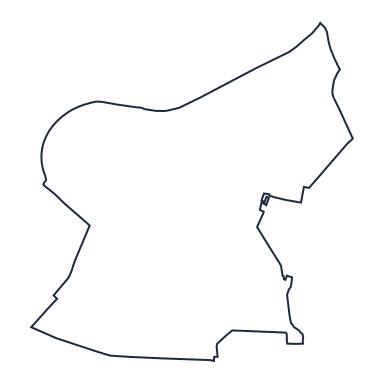 the district of Al Azbakiyya, Al Qahirah, Egypt
{"feature_id": "37247803B6267278220516", "entity_name": "Al Azbakiyya", "entity_type": "district", "adm_level": 2, "iso_a3": "EGY", "parent_name": "Egypt", "parent_adm1": "Al Qahirah", "projection": "albers", "projection_center": [31.246, 30.06], "detail": "fine", "context": "isolated", "style": "outline", "palette": "slate", "viewbox_px": 384, "rotation_deg": 0, "n_neighbors": 0, "source": "geoboundaries", "source_scale": "gbopen_adm2", "svg_char_len": 2794}
<svg xmlns="http://www.w3.org/2000/svg" viewBox="0 0 384 384"><path d="M213.9,361.0L214.0,359.8L214.2,356.8L215.2,356.8L217.6,356.8L216.6,346.4L216.9,345.2L217.1,343.9L226.1,335.5L232.3,330.4L233.3,330.4L234.3,330.5L251.4,331.2L283.1,332.5L285.8,332.6L286.7,333.8L286.9,341.3L287.1,342.4L287.3,343.6L294.3,343.9L296.6,343.9L299.0,343.9L303.0,343.6L302.7,341.1L302.9,339.6L302.9,339.1L303.2,337.3L302.5,334.1L300.5,332.4L299.3,330.8L298.1,329.8L296.5,328.7L294.1,327.2L292.4,324.6L291.7,323.8L291.0,322.9L290.2,319.3L289.9,317.3L289.8,316.9L289.4,314.4L287.1,294.8L288.8,289.6L290.0,287.9L290.8,286.8L291.5,282.4L291.8,279.9L292.1,277.4L286.9,275.7L286.4,277.2L285.4,279.8L283.9,279.2L283.7,276.2L282.6,275.9L281.1,266.4L281.0,265.9L280.4,264.7L279.7,263.4L277.2,259.5L263.7,237.8L257.1,227.0L263.3,213.2L263.7,211.7L261.8,210.8L259.9,209.8L261.5,202.8L263.3,203.4L264.2,203.7L266.2,205.1L268.9,197.8L266.5,196.8L264.6,201.9L263.8,201.5L261.5,200.5L264.0,193.5L269.2,194.2L269.2,195.4L273.9,197.1L285.2,199.8L287.1,200.2L289.0,200.5L301.0,202.6L303.9,186.9L309.0,187.9L321.0,174.2L332.6,160.7L346.9,144.1L352.8,138.6L339.6,109.8L333.5,97.4L332.4,93.4L332.4,91.4L332.5,89.4L334.0,80.4L337.3,73.4L338.8,71.2L340.0,69.3L338.4,66.8L334.5,58.6L330.5,48.8L328.6,41.8L326.9,31.7L325.8,29.6L324.8,27.5L320.2,23.0L319.5,24.2L318.6,25.8L312.0,33.4L304.0,40.0L296.0,47.1L288.9,52.1L256.8,67.8L232.2,80.7L199.0,98.2L190.5,102.3L179.0,107.9L173.9,109.1L172.0,109.5L170.8,109.8L167.5,110.6L166.0,110.8L164.6,111.0L156.0,110.9L144.9,109.2L142.7,108.3L141.2,107.7L139.9,107.6L133.5,106.9L126.1,105.8L118.0,104.7L107.4,102.8L105.0,102.4L102.7,102.0L98.6,101.6L95.6,101.7L92.2,102.4L86.3,104.1L84.9,104.4L83.8,104.8L82.7,105.2L81.6,105.6L80.5,105.9L79.4,106.4L78.4,106.8L77.3,107.3L76.3,107.8L75.2,108.3L74.2,108.8L73.1,109.3L72.1,109.8L71.1,110.4L70.1,111.0L69.1,111.6L68.1,112.2L67.2,112.9L66.2,113.5L65.3,114.2L64.4,114.9L63.4,115.6L62.5,116.3L61.6,117.0L60.7,117.8L59.9,118.5L59.0,119.4L58.2,120.2L57.4,121.0L56.5,121.8L55.7,122.6L55.0,123.5L54.2,124.4L53.4,125.2L52.7,126.1L52.0,127.0L51.3,127.9L50.6,128.9L49.9,129.8L49.2,130.8L46.9,134.9L44.6,140.0L44.0,141.5L43.5,143.1L43.0,144.8L42.6,146.4L42.3,148.0L42.0,149.7L41.8,151.3L41.6,153.0L41.5,154.7L41.4,156.4L41.5,158.1L41.5,159.7L41.6,161.4L41.8,163.1L42.1,164.7L42.4,166.5L42.7,168.1L43.1,169.7L43.6,171.3L43.9,172.2L44.1,172.9L44.7,174.4L45.3,176.0L46.1,179.8L44.9,181.6L43.9,183.2L43.4,184.4L44.1,185.5L54.9,194.2L63.6,202.7L89.7,225.5L75.1,260.2L72.9,266.6L72.2,269.0L71.4,271.4L69.7,275.3L68.4,277.8L66.4,280.3L61.9,285.6L53.6,295.4L55.3,297.1L57.1,298.8L50.7,305.5L31.2,327.2L56.3,338.2L95.4,351.1L109.6,355.5L115.0,356.0L127.3,356.7L128.4,356.8L129.6,356.9L162.9,358.4L210.4,360.1L213.9,361.0Z" fill="none" stroke="#1e293b" stroke-width="2"/></svg>